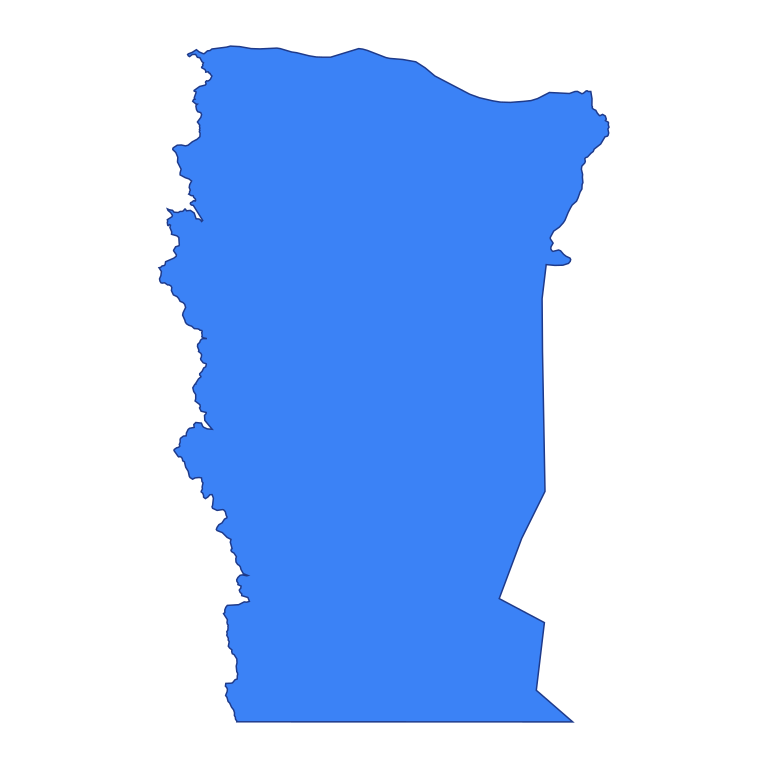 outline of Bariloche, Río Negro, Argentina
{"feature_id": "61730980B38483237983856", "entity_name": "Bariloche", "entity_type": "district", "adm_level": 2, "iso_a3": "ARG", "parent_name": "Argentina", "parent_adm1": "Río Negro", "projection": "robinson", "projection_center": [-71.782, -41.509], "detail": "fine", "context": "isolated", "style": "filled", "palette": "blue", "viewbox_px": 768, "rotation_deg": 0, "n_neighbors": 0, "source": "geoboundaries", "source_scale": "gbopen_adm2", "svg_char_len": 6048}
<svg xmlns="http://www.w3.org/2000/svg" viewBox="0 0 768 768"><path d="M187.6,54.5L188.3,55.8L189.6,56.6L192.3,54.5L195.6,54.4L197.4,57.3L199.9,57.8L202.1,61.8L203.5,62.8L202.6,64.5L202.9,65.6L201.6,67.2L201.8,67.8L204.9,69.5L205.7,70.9L205.7,72.1L208.2,71.8L209.2,73.2L210.2,73.5L210.4,74.4L211.9,76.0L210.5,79.1L209.4,80.2L208.0,81.0L206.6,80.8L205.7,81.6L205.5,82.3L206.1,83.9L205.4,85.0L199.6,86.5L194.1,90.4L194.3,91.3L195.9,91.6L196.0,92.8L194.3,97.5L194.4,98.4L195.0,99.2L193.6,99.5L192.7,101.3L195.9,104.0L197.3,104.2L196.2,105.1L195.9,106.2L196.5,109.6L197.7,111.7L200.7,112.6L201.6,114.6L200.8,117.4L197.4,122.0L199.7,125.1L199.5,126.6L199.9,128.2L199.4,129.8L199.9,130.3L199.3,131.8L200.1,133.2L199.9,136.7L197.2,139.2L192.4,141.7L188.1,145.2L185.5,145.9L181.4,145.0L177.2,145.2L173.4,147.7L172.9,148.3L172.8,149.6L175.8,152.5L177.8,157.3L177.5,162.0L181.1,169.2L180.1,172.9L180.1,174.9L185.3,177.7L188.9,178.9L191.6,181.0L189.7,184.6L189.2,187.5L190.3,190.2L189.6,191.5L189.5,193.2L188.7,194.1L191.2,195.6L193.1,195.7L193.7,197.3L195.4,199.0L195.6,200.4L195.1,201.1L194.1,200.6L193.1,201.0L192.4,201.8L190.6,202.7L190.3,203.8L191.3,205.0L193.3,205.4L202.7,220.4L201.6,221.5L200.5,220.0L199.0,219.0L196.1,218.8L194.2,213.0L190.4,210.4L186.5,210.8L185.4,209.1L184.7,209.1L183.5,210.7L182.3,211.4L180.2,211.4L178.2,212.5L174.1,212.2L172.5,210.3L169.4,209.8L167.4,208.9L168.0,210.4L170.6,212.6L172.4,215.3L172.0,216.7L167.3,219.7L167.7,221.1L167.3,222.4L167.7,225.2L168.2,225.6L169.5,224.6L170.5,225.2L169.9,227.5L171.7,231.9L171.5,234.3L176.8,235.8L178.8,237.5L179.3,244.9L179.0,245.7L175.6,246.8L173.6,250.2L173.6,250.8L176.4,254.9L176.1,256.4L173.7,258.2L165.6,261.7L165.1,264.5L164.5,265.4L162.0,266.0L160.6,267.4L159.0,267.7L161.4,271.5L160.9,275.6L159.5,278.9L160.0,281.2L161.0,282.8L162.3,283.1L164.6,282.8L167.6,284.9L169.0,284.9L170.8,285.8L171.8,287.5L171.4,290.6L173.4,294.9L177.0,296.6L178.6,298.4L180.1,301.3L183.1,302.6L184.7,304.3L185.6,307.5L183.1,312.7L182.6,315.1L184.9,320.3L185.3,322.0L186.5,323.8L188.7,325.2L191.7,326.2L194.3,328.6L197.7,328.8L199.6,329.6L200.0,330.3L201.8,330.5L202.2,331.7L201.7,332.7L202.2,335.1L201.8,336.8L203.6,337.9L206.9,338.6L203.0,338.6L201.6,339.1L200.5,340.3L199.6,342.5L197.7,344.3L197.5,346.6L198.9,350.2L198.5,351.5L200.8,353.3L201.6,354.8L201.3,357.3L200.6,358.5L200.8,359.8L203.2,362.8L206.1,363.7L206.3,364.5L205.7,366.8L203.7,368.0L202.1,371.3L199.7,373.7L199.7,374.9L200.9,376.3L200.9,376.9L198.5,378.9L195.8,383.2L195.9,384.0L194.9,384.2L192.8,387.8L193.7,391.5L195.7,394.5L195.7,398.9L195.1,401.0L199.9,404.7L200.3,406.9L199.5,407.9L201.1,411.2L206.2,412.5L206.1,413.6L204.5,415.4L204.8,420.4L212.2,429.3L207.3,428.9L203.7,427.3L202.7,426.3L201.4,423.1L195.8,422.5L193.8,424.5L194.2,427.4L189.5,428.3L188.1,429.5L186.4,433.0L186.2,435.8L183.4,436.1L180.5,438.3L180.1,439.5L180.2,442.1L179.3,444.5L179.8,446.1L178.6,447.3L176.6,447.8L174.2,449.5L174.0,450.6L178.1,456.4L178.7,456.9L180.2,456.6L181.5,457.4L182.3,458.7L182.7,460.8L184.4,461.7L185.7,467.2L188.2,471.3L189.3,476.3L190.1,477.6L192.6,479.2L195.1,477.9L199.1,477.5L201.5,477.9L202.0,481.6L203.0,482.9L202.1,487.0L202.4,489.0L201.2,491.3L201.2,492.0L202.6,493.0L203.5,495.2L203.6,497.2L205.4,498.6L207.8,497.1L209.9,494.7L212.1,494.6L213.4,498.2L212.6,505.3L212.0,506.8L212.6,508.3L217.1,510.4L222.4,509.6L223.6,509.8L225.3,511.7L226.2,515.4L227.0,516.9L226.8,517.9L224.5,519.1L222.0,522.9L218.9,524.7L217.1,527.3L216.3,529.4L217.0,530.5L222.3,532.6L227.1,537.4L231.0,539.4L230.3,542.2L232.1,548.7L231.3,549.2L231.0,550.6L231.7,551.7L234.0,553.1L236.4,556.7L235.8,558.7L236.0,562.0L237.6,564.4L239.2,565.4L240.3,566.8L241.0,569.5L243.3,573.6L248.0,575.5L246.8,575.8L242.3,574.9L240.1,575.3L237.9,577.5L236.7,579.8L236.9,581.4L238.1,583.2L237.9,584.6L241.1,586.1L240.7,588.4L239.5,589.5L239.3,590.3L240.1,592.3L241.7,593.8L241.7,595.6L247.9,597.5L249.4,601.4L246.6,602.2L244.2,601.9L238.6,604.7L227.3,605.4L225.8,607.3L224.8,609.9L224.8,612.6L223.5,613.6L227.4,619.7L227.0,622.5L227.4,624.2L228.2,625.1L227.9,626.7L228.1,627.5L227.8,630.2L226.8,631.6L227.2,634.0L226.7,635.1L228.3,638.2L228.2,640.1L229.2,641.7L228.3,646.2L229.6,648.0L231.9,649.9L231.7,651.6L232.3,653.7L234.1,654.6L236.8,658.9L237.0,662.9L236.2,666.1L236.8,671.9L237.4,672.5L237.7,674.3L237.3,675.7L237.2,679.0L235.1,679.7L232.5,682.8L231.1,683.2L225.8,683.4L225.4,686.2L226.5,687.3L227.4,689.0L227.2,691.4L225.6,695.5L227.0,697.4L228.1,701.5L229.7,703.1L231.5,707.1L233.6,709.9L234.5,712.7L234.4,715.6L235.3,717.0L235.5,719.2L236.9,721.2L236.8,721.8L572.7,721.9L536.3,690.3L544.4,622.6L499.2,598.6L521.7,538.4L545.0,491.4L542.5,351.3L542.1,298.7L546.2,264.6L554.8,265.4L562.9,265.2L568.5,263.4L570.2,261.4L570.7,259.5L570.0,258.1L566.0,256.2L563.6,254.3L560.6,250.8L558.6,250.0L552.9,251.4L551.8,250.6L550.8,248.9L551.0,246.8L553.1,243.1L550.3,238.8L550.3,237.4L553.7,231.1L559.4,227.1L563.3,222.8L565.0,220.2L568.2,212.4L570.6,207.7L572.2,205.0L576.5,201.2L578.0,198.0L580.1,192.0L581.9,189.0L582.1,184.5L582.9,182.7L582.4,177.3L582.6,174.4L581.4,169.3L581.8,166.2L584.8,162.9L585.3,161.4L584.8,158.6L585.7,157.6L587.5,157.0L590.9,153.3L593.2,151.5L594.2,149.1L600.7,144.0L605.0,136.8L607.3,136.2L608.0,135.5L608.7,133.0L607.9,129.0L609.0,127.2L608.3,124.9L608.5,122.8L608.3,122.2L605.4,120.6L606.3,119.1L605.3,116.0L602.6,114.4L599.9,115.7L599.3,115.4L597.3,113.1L595.8,110.3L593.4,109.2L592.2,107.9L592.4,106.8L591.9,105.6L592.0,98.7L590.8,91.5L588.1,91.5L587.5,90.9L586.2,90.9L583.3,93.3L581.8,93.7L577.5,91.4L575.0,91.5L569.4,93.5L549.4,92.5L537.5,98.6L531.0,100.6L523.3,101.4L510.4,102.4L500.4,102.1L492.6,100.8L479.2,97.7L469.7,94.2L434.9,76.0L425.1,67.8L415.8,61.8L402.9,59.5L389.7,58.4L386.0,57.6L367.3,50.4L362.7,49.1L358.7,48.6L330.6,57.2L322.5,57.2L316.4,57.0L309.1,55.8L296.6,52.7L291.7,52.0L280.2,48.6L276.9,48.1L259.9,48.9L251.2,48.6L239.7,46.6L230.4,46.1L226.6,47.1L211.9,49.0L210.1,50.5L207.4,50.9L204.3,53.6L203.3,53.7L199.3,52.0L196.4,49.7L192.1,52.4L188.4,53.8L187.6,54.5Z" fill="#3b82f6" stroke="#1e3a8a" stroke-width="1.5"/></svg>